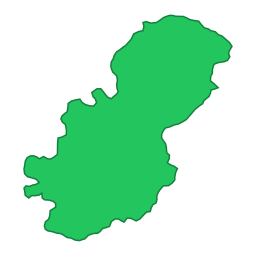 Santa Cruz do Escalvado, Minas Gerais, Brazil
{"feature_id": "56859067B58472062151824", "entity_name": "Santa Cruz do Escalvado", "entity_type": "district", "adm_level": 2, "iso_a3": "BRA", "parent_name": "Brazil", "parent_adm1": "Minas Gerais", "projection": "albers", "projection_center": [-42.82, -20.229], "detail": "fine", "context": "isolated", "style": "filled", "palette": "green", "viewbox_px": 256, "rotation_deg": 0, "n_neighbors": 0, "source": "geoboundaries", "source_scale": "gbopen_adm2", "svg_char_len": 2524}
<svg xmlns="http://www.w3.org/2000/svg" viewBox="0 0 256 256"><path d="M218.2,87.7L214.1,83.8L210.4,80.8L210.7,76.4L212.3,73.5L212.5,69.0L214.0,64.3L217.7,62.8L220.5,62.2L224.3,61.7L227.5,60.3L229.8,56.9L228.5,53.0L229.7,50.2L232.0,46.4L229.4,42.5L225.4,39.0L221.8,35.9L218.4,34.8L215.4,31.8L210.8,30.7L208.3,28.9L204.2,27.8L201.2,24.5L198.7,21.2L194.0,20.5L190.2,19.7L187.4,18.3L183.5,16.5L180.0,16.4L175.5,16.2L172.4,15.4L169.6,15.4L166.5,16.4L163.3,17.7L160.3,20.0L156.6,22.5L150.9,23.1L146.2,21.6L143.0,22.5L143.9,26.4L143.0,30.6L138.5,31.6L133.7,33.9L131.2,39.3L128.1,42.7L125.9,45.3L122.8,47.4L120.0,49.7L116.8,51.7L114.3,55.2L113.2,58.8L111.4,61.8L110.8,65.6L111.4,68.7L112.8,72.2L116.7,75.8L117.4,80.2L116.7,84.5L117.0,88.4L118.2,91.8L116.5,94.2L113.8,96.4L111.3,98.7L107.9,97.4L105.7,94.9L103.6,92.1L100.8,88.7L96.7,88.9L91.8,92.5L93.1,96.6L95.5,99.2L96.5,102.8L93.6,106.1L90.0,105.9L85.4,104.6L81.9,102.3L79.9,99.2L76.6,99.7L71.5,101.0L68.1,103.5L68.0,106.7L67.2,111.7L64.1,114.0L61.8,116.3L60.9,119.1L62.4,122.1L65.4,124.5L66.4,129.9L66.3,134.7L62.1,137.0L58.1,138.0L57.7,141.9L57.5,146.7L57.5,150.4L57.4,154.3L54.2,157.0L50.4,159.1L47.5,158.8L43.5,156.5L39.5,158.8L37.1,157.2L33.8,155.8L30.4,155.9L27.1,157.7L25.3,161.1L24.8,164.9L24.0,169.1L24.6,173.7L27.5,176.7L32.5,178.0L36.3,179.3L39.1,182.5L36.0,184.4L32.8,185.0L29.5,186.4L25.9,185.9L24.0,188.2L24.8,191.6L25.2,195.2L28.8,198.0L31.7,195.6L35.2,195.7L39.1,195.1L41.8,193.2L42.3,198.1L44.6,199.8L49.0,200.1L53.1,201.3L55.6,203.4L55.7,207.1L53.1,208.8L50.2,210.5L49.7,216.0L48.6,219.2L45.4,221.9L44.4,225.8L45.3,229.2L47.7,230.8L52.8,231.8L56.7,233.1L60.7,233.6L64.5,235.7L67.1,237.5L70.9,238.0L75.3,240.1L79.4,240.6L85.1,238.7L88.2,235.4L91.4,234.1L94.3,233.4L97.5,233.3L100.0,231.6L102.6,228.5L106.5,227.5L109.6,226.3L111.4,221.5L115.0,219.0L118.5,219.0L121.5,220.9L124.1,222.1L127.3,217.9L131.4,218.5L136.1,220.9L139.9,219.0L143.3,215.3L146.6,212.1L150.3,211.5L151.1,208.2L152.8,204.7L156.0,203.0L156.9,199.7L156.8,195.8L158.3,192.2L160.7,188.8L163.3,185.9L168.5,185.7L172.4,182.9L174.8,179.9L174.8,176.8L175.6,172.6L177.4,168.6L174.2,166.3L170.7,164.9L167.3,162.8L169.3,158.6L169.4,155.0L166.9,153.0L166.5,149.7L166.3,146.7L165.3,143.2L163.3,140.7L161.5,137.5L161.8,133.8L163.7,130.0L165.8,127.8L170.0,126.8L173.9,125.0L178.3,124.0L182.3,122.0L186.2,119.6L188.8,116.6L191.6,113.5L194.9,109.5L199.0,106.1L202.6,103.7L203.8,100.9L206.1,98.7L209.0,96.5L210.4,93.2L211.1,90.0L214.3,89.1L218.2,87.7Z" fill="#22c55e" stroke="#15803d" stroke-width="1.5"/></svg>